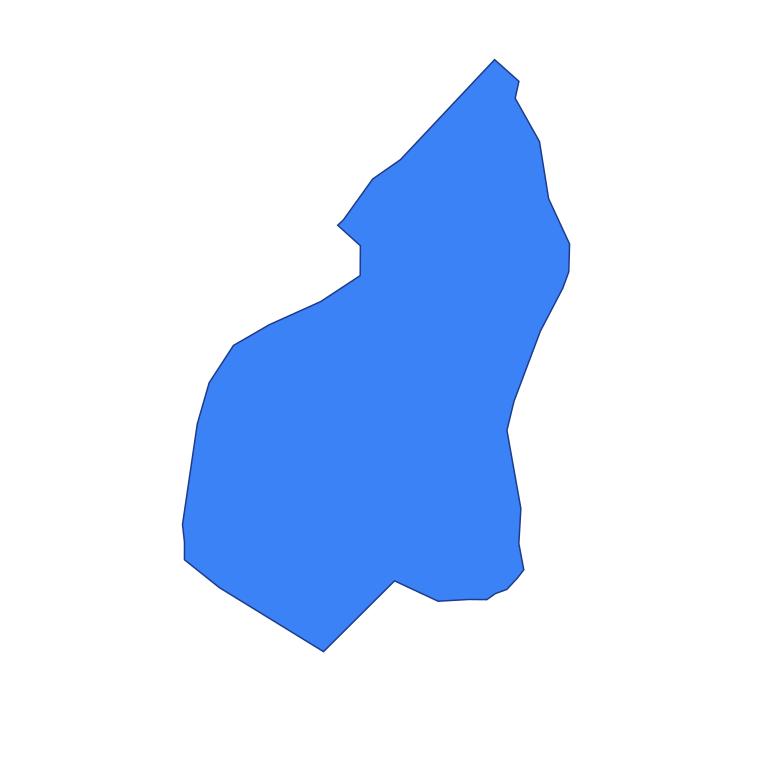 the Municipality of Loški Potok, rotated 63°
{"feature_id": "SVN-965", "entity_name": "Loški Potok", "entity_type": "Municipality", "adm_level": 1, "iso_a3": "SVN", "parent_name": "Slovenia", "parent_adm1": "", "projection": "natural_earth1", "projection_center": [14.641, 45.654], "detail": "fine", "context": "isolated", "style": "filled", "palette": "blue", "viewbox_px": 768, "rotation_deg": 63, "n_neighbors": 0, "source": "natural_earth", "source_scale": "10m", "svg_char_len": 638}
<svg xmlns="http://www.w3.org/2000/svg" viewBox="0 0 768 768"><g transform="rotate(63 384 384)"><path d="M450.0,641.6L434.6,633.7L417.7,627.3L334.7,568.4L303.5,539.2L281.3,500.6L279.1,459.2L281.8,403.0L276.6,356.0L250.1,342.3L221.5,353.2L221.2,352.1L219.4,345.8L196.2,301.0L191.6,267.6L145.2,138.2L175.6,126.4L189.0,137.4L238.6,135.4L293.6,153.2L343.5,155.1L367.9,168.4L379.8,181.2L407.9,220.7L458.5,276.1L481.1,295.5L557.1,318.6L587.4,336.3L613.0,343.8L617.5,353.3L622.8,367.8L621.3,379.9L622.8,390.3L614.5,406.2L602.1,434.4L564.2,464.0L595.0,559.4L490.8,623.1L450.0,641.6Z" fill="#3b82f6" stroke="#1e3a8a" stroke-width="1.5"/></g></svg>